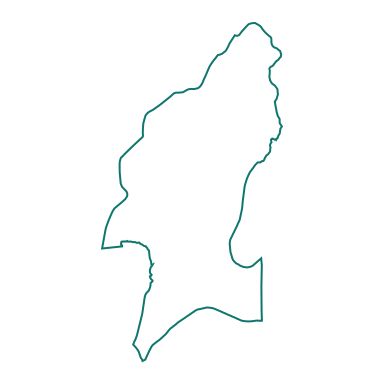 Bachiangchaleunsook, Champasak, Laos (Equal Earth projection)
{"feature_id": "54806243B89644559951637", "entity_name": "Bachiangchaleunsook", "entity_type": "district", "adm_level": 2, "iso_a3": "LAO", "parent_name": "Laos", "parent_adm1": "Champasak", "projection": "equal_earth", "projection_center": [105.973, 15.25], "detail": "fine", "context": "isolated", "style": "outline", "palette": "teal", "viewbox_px": 384, "rotation_deg": 0, "n_neighbors": 0, "source": "geoboundaries", "source_scale": "gbopen_adm2", "svg_char_len": 5881}
<svg xmlns="http://www.w3.org/2000/svg" viewBox="0 0 384 384"><path d="M281.9,126.5L281.2,125.4L279.7,123.2L279.6,118.9L277.8,116.0L276.8,112.5L275.8,107.3L274.8,101.6L276.5,99.1L277.9,94.6L277.4,89.1L275.0,85.7L271.9,83.4L270.1,80.4L269.4,77.0L269.8,71.7L269.8,70.9L269.5,69.5L269.4,68.6L269.8,67.7L271.1,66.6L272.7,65.9L276.1,61.3L278.4,59.7L279.6,57.9L280.7,57.0L281.2,54.5L280.1,51.0L278.4,49.8L277.1,48.6L275.8,47.9L274.6,47.6L273.5,46.9L272.3,45.4L271.7,44.0L271.4,42.2L271.4,39.8L271.2,38.0L270.6,37.1L268.6,35.5L265.6,32.8L263.8,30.8L262.5,29.2L261.0,26.9L259.7,25.7L255.1,23.0L251.9,23.2L250.1,23.7L248.5,24.3L245.4,27.5L243.5,29.7L242.1,31.1L239.7,34.3L238.9,35.2L237.8,35.6L236.6,35.8L235.3,35.5L234.8,35.3L230.8,41.5L230.0,42.7L229.2,44.2L228.7,45.3L228.1,46.7L226.7,49.3L225.9,50.5L225.3,51.3L223.6,52.5L222.9,53.1L222.2,53.7L221.6,54.0L220.8,54.3L219.6,54.7L218.8,54.9L217.8,55.1L216.6,56.7L215.5,58.2L213.4,60.7L211.1,64.0L209.4,66.8L205.1,76.8L203.8,79.5L202.4,83.0L200.9,85.5L199.7,86.9L198.1,88.1L196.0,88.7L193.5,89.1L191.5,88.9L188.9,89.2L187.4,89.7L184.6,91.3L183.1,92.2L180.6,92.5L178.1,92.7L175.7,92.7L174.2,93.2L172.7,94.4L170.2,96.7L162.2,103.1L158.6,105.9L156.5,107.3L153.8,109.3L151.7,110.5L149.5,111.6L147.7,112.9L146.3,114.4L145.4,115.8L145.0,117.5L144.3,119.5L144.0,121.1L143.4,122.8L142.9,128.3L142.8,133.6L143.0,135.9L142.6,137.0L133.1,145.8L125.7,153.0L121.6,157.2L120.9,157.8L120.3,159.6L119.8,161.5L119.6,164.1L119.7,172.5L120.7,183.4L121.4,185.3L122.2,187.0L126.4,191.4L127.2,193.1L127.3,194.8L127.1,196.3L126.2,197.7L125.1,199.3L120.8,203.1L116.7,206.5L114.5,208.4L112.7,211.1L110.4,216.2L108.2,221.5L106.0,227.6L105.4,230.3L102.1,248.5L122.1,246.4L122.1,245.5L122.0,245.3L121.7,245.1L121.3,245.0L121.2,244.8L121.1,244.1L121.1,243.8L121.1,243.5L121.1,243.2L121.1,242.9L121.2,242.7L121.4,242.5L121.5,242.3L121.5,241.7L122.0,241.6L122.5,241.6L122.9,241.5L123.1,241.5L123.4,241.6L123.7,241.6L124.1,241.4L124.4,241.5L124.8,241.5L125.1,241.6L125.6,241.4L126.0,241.4L126.4,241.5L126.7,241.3L127.2,241.0L127.5,241.3L127.8,241.6L128.6,241.6L129.4,241.6L130.0,241.5L130.4,241.6L131.0,241.7L131.3,241.6L131.6,241.7L132.3,242.0L133.0,242.2L134.7,242.0L135.8,242.4L136.9,242.9L137.9,242.7L138.4,242.7L138.8,242.5L139.2,242.5L139.4,242.6L139.8,243.3L140.0,243.6L140.3,243.8L140.6,244.0L141.2,244.2L141.7,244.3L142.7,245.0L143.4,245.5L143.8,245.8L144.2,246.0L144.6,246.1L145.5,246.2L145.8,246.3L146.0,246.4L146.1,246.6L146.2,247.1L146.5,247.4L147.0,247.8L147.3,248.1L147.5,248.5L147.6,249.0L147.8,249.3L148.0,249.5L148.3,249.8L148.5,250.1L148.8,250.4L148.9,250.7L149.0,251.1L149.1,251.8L149.2,252.7L149.4,255.0L149.5,256.0L149.7,257.6L149.9,258.4L150.2,259.2L150.5,259.9L150.7,260.5L150.9,261.2L151.0,261.6L151.1,262.3L151.2,263.0L151.3,263.7L151.3,264.2L151.4,264.4L151.6,264.6L151.8,264.7L152.0,264.7L152.3,264.7L152.7,264.5L152.5,264.9L152.2,265.5L151.8,266.0L151.2,266.6L150.8,267.3L150.6,267.8L150.4,268.5L150.2,269.1L150.0,269.7L149.9,270.2L149.9,270.8L149.9,271.8L150.0,272.4L150.1,272.9L150.3,273.3L150.5,273.6L151.2,274.4L151.6,274.8L151.6,275.0L151.4,275.4L151.2,275.6L151.0,275.8L150.7,275.9L150.4,276.0L150.1,276.2L149.9,276.3L149.9,276.6L150.0,276.9L150.2,277.3L150.4,278.0L150.5,278.4L150.8,278.8L151.3,279.4L151.7,279.7L152.5,280.5L152.6,280.9L152.6,281.1L152.3,281.5L151.9,281.9L151.2,282.4L150.9,282.7L150.7,283.0L150.6,283.4L150.5,283.9L150.5,284.6L150.5,285.2L150.4,285.7L150.3,286.2L150.1,287.3L148.9,290.4L146.3,293.2L145.3,295.0L144.7,297.3L142.2,314.0L137.0,335.1L135.6,339.1L134.3,341.6L133.2,344.6L135.7,347.3L137.6,349.8L138.7,351.6L140.3,356.3L140.6,357.3L141.1,358.3L141.7,358.8L142.2,359.9L142.5,361.0L145.3,359.6L148.2,353.2L149.3,350.8L151.9,346.0L153.1,344.7L155.4,342.9L159.9,339.5L165.9,334.0L168.9,330.2L170.6,328.4L175.7,324.5L177.8,322.6L179.9,321.2L195.7,310.4L197.2,309.7L198.5,309.2L199.4,309.2L203.2,308.3L204.8,308.0L206.5,307.5L208.0,307.5L210.2,307.8L212.1,308.0L214.1,308.6L215.8,309.3L218.1,310.3L241.7,320.7L245.9,321.3L249.2,321.4L252.3,321.2L256.4,320.6L259.8,320.7L259.9,320.8L261.9,320.7L261.6,310.7L261.4,286.8L261.8,265.3L261.2,258.3L252.6,265.8L251.3,266.4L249.9,266.9L248.5,267.2L247.0,267.4L243.6,267.0L241.5,266.2L239.5,265.3L238.6,264.5L236.2,263.4L234.7,262.0L233.1,260.1L232.1,257.8L231.4,255.0L230.5,252.3L229.7,243.9L229.9,241.3L230.4,239.4L236.9,226.1L238.4,222.6L239.5,220.4L240.0,218.4L240.6,215.5L241.4,211.8L242.1,208.3L242.5,204.0L242.7,201.6L244.7,186.1L245.4,183.5L246.7,179.3L248.2,175.7L249.9,172.2L253.5,167.4L255.4,164.7L257.0,163.2L257.4,162.8L257.6,162.6L257.9,162.5L258.1,162.4L258.6,162.4L259.8,162.4L260.1,162.4L260.3,162.3L260.8,162.1L261.4,161.5L261.6,161.4L261.8,161.2L262.8,161.2L263.4,160.9L263.6,160.6L263.8,160.4L264.0,160.0L264.3,159.6L264.5,159.0L264.7,158.4L264.9,157.9L265.0,157.6L265.3,157.3L265.6,156.9L265.8,156.6L266.1,156.0L266.2,155.8L266.6,155.2L266.9,155.1L267.3,154.9L267.8,154.5L267.9,154.4L268.4,153.8L268.6,153.5L268.8,153.2L269.5,152.3L269.8,151.9L270.0,151.5L270.1,151.1L270.2,150.6L270.2,149.2L270.2,148.8L270.4,148.0L270.5,147.6L270.5,147.2L270.4,146.9L270.2,146.3L270.1,146.0L270.0,145.8L270.0,145.5L270.1,145.0L270.2,144.4L270.4,144.0L270.6,143.7L270.7,143.4L270.9,143.1L271.4,142.6L271.4,142.4L271.5,142.1L271.4,141.9L271.3,141.5L271.2,141.1L271.1,140.7L271.0,140.3L271.0,139.9L271.1,139.6L271.2,139.4L271.4,139.2L271.6,139.0L272.0,139.0L272.3,138.6L272.5,138.6L272.9,138.6L273.2,138.8L273.5,139.0L274.0,139.4L274.2,139.5L274.4,139.6L275.2,139.4L275.4,139.4L275.6,139.5L276.0,140.0L276.1,139.8L276.3,139.4L276.6,138.8L276.7,138.5L276.8,138.4L277.0,138.4L277.1,138.5L277.4,138.4L277.5,138.2L277.8,137.5L278.2,136.2L278.4,135.6L278.5,135.4L278.8,135.0L279.2,134.5L279.4,134.2L279.5,133.8L279.7,133.3L279.8,132.7L279.9,132.2L280.0,131.0L280.1,130.6L280.3,130.0L280.3,129.6L280.3,128.9L281.9,126.5Z" fill="none" stroke="#0f766e" stroke-width="2"/></svg>